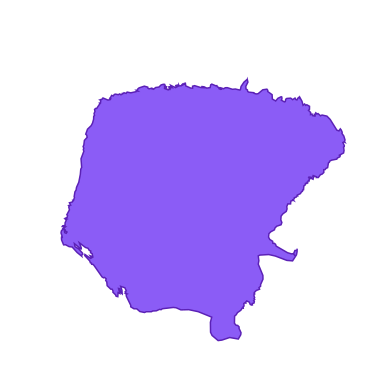 the district of Hurum nor, Buskerud, Norway, rotated 204°
{"feature_id": "86288312B72447023629583", "entity_name": "Hurum nor", "entity_type": "district", "adm_level": 2, "iso_a3": "NOR", "parent_name": "Norway", "parent_adm1": "Buskerud", "projection": "natural_earth1", "projection_center": [10.511, 59.602], "detail": "fine", "context": "isolated", "style": "filled", "palette": "violet", "viewbox_px": 384, "rotation_deg": 204, "n_neighbors": 0, "source": "geoboundaries", "source_scale": "gbopen_adm2", "svg_char_len": 5917}
<svg xmlns="http://www.w3.org/2000/svg" viewBox="0 0 384 384"><g transform="rotate(204 192 192)"><path d="M201.3,62.2L197.5,61.7L195.0,62.8L191.0,61.6L186.4,62.6L185.1,64.0L180.4,66.1L179.5,67.3L176.2,69.0L173.9,71.6L172.4,71.9L171.6,73.3L162.2,78.9L159.4,79.8L154.2,79.8L147.1,83.2L137.6,85.2L123.1,85.7L122.2,80.5L118.0,71.4L115.3,69.1L107.7,66.9L104.4,68.9L98.4,74.4L89.9,76.5L89.4,81.4L90.0,83.4L93.5,86.5L94.1,87.9L96.0,88.7L97.5,88.2L99.8,89.3L102.6,95.9L101.7,97.8L101.4,100.3L99.3,103.8L98.9,106.4L97.9,106.7L98.6,107.9L98.1,109.0L99.3,111.2L98.7,112.2L97.6,112.4L98.1,113.6L97.7,114.7L94.9,114.7L93.1,113.0L91.7,112.9L90.9,113.4L91.6,114.6L90.2,115.8L90.5,117.3L91.5,117.8L91.0,119.3L92.0,119.9L91.8,121.0L93.1,122.3L93.8,124.1L93.3,124.4L94.2,125.5L93.2,128.2L90.7,130.7L91.9,131.9L91.0,133.8L91.7,135.3L91.7,141.2L93.3,144.6L102.1,153.0L103.0,156.5L105.5,160.6L104.3,162.0L96.4,166.1L89.8,167.4L77.5,168.1L72.1,170.0L71.0,177.1L71.7,180.1L72.9,183.0L72.4,181.5L74.2,180.4L74.1,177.3L73.6,176.5L71.7,175.7L74.6,176.8L75.7,176.0L80.0,175.4L93.1,176.8L94.4,178.2L95.8,178.6L97.2,178.0L98.3,179.8L101.7,180.3L103.7,181.9L104.8,185.2L103.9,187.6L101.3,191.0L101.6,192.7L100.7,195.2L97.3,198.3L97.5,200.7L99.5,202.6L100.8,206.2L100.1,209.0L98.0,212.6L98.3,215.2L99.5,217.2L99.6,220.1L97.1,221.2L98.0,223.9L96.3,225.5L97.6,225.7L95.7,225.6L96.5,226.1L95.8,227.6L96.2,228.4L94.6,229.9L94.5,231.2L93.9,231.4L94.5,232.1L92.3,234.6L92.1,236.4L91.4,237.6L91.7,238.8L91.0,239.4L92.3,243.0L91.5,244.4L91.8,246.0L90.8,246.4L91.1,246.0L90.5,246.6L90.9,247.6L90.3,248.2L90.3,249.6L89.5,249.8L90.0,251.0L89.7,251.6L90.8,252.4L90.4,252.5L91.0,253.3L89.1,253.9L88.4,253.5L88.8,252.9L86.6,252.9L87.1,254.9L86.3,255.2L87.9,255.4L88.0,256.3L84.5,256.5L84.3,255.8L82.5,256.6L81.7,260.1L80.5,261.1L79.5,263.4L80.7,266.0L79.5,266.6L79.2,268.1L78.0,269.4L79.2,274.1L78.6,275.1L78.8,276.1L77.5,277.8L73.1,280.9L73.0,282.2L71.3,284.2L71.3,285.3L72.3,285.6L69.4,289.3L70.0,291.8L71.8,294.7L71.4,295.4L71.7,296.3L74.3,298.6L73.5,299.6L72.5,299.6L73.2,300.1L73.4,301.8L76.1,304.9L78.8,306.5L79.1,307.7L81.0,309.4L82.2,310.0L82.6,307.6L84.8,307.4L95.3,314.5L99.6,316.2L104.5,315.2L105.6,313.9L108.8,314.9L109.7,314.0L111.1,314.7L111.3,313.7L110.8,312.3L111.6,312.3L110.8,311.3L112.9,310.8L114.1,312.0L115.2,310.9L116.0,312.9L118.8,314.0L118.3,315.3L119.5,318.1L122.6,318.4L123.4,317.4L124.9,318.2L125.8,316.4L128.4,319.6L132.1,322.4L132.0,321.7L132.8,322.1L133.4,320.9L133.6,318.8L134.8,318.7L136.1,319.7L137.6,317.3L140.0,317.9L143.5,316.0L144.1,314.9L143.6,312.5L144.3,311.9L147.7,312.2L147.7,313.6L148.6,315.3L149.3,315.3L151.6,312.6L152.6,309.2L156.4,309.6L158.4,313.5L163.7,314.6L164.1,315.7L165.4,316.4L168.9,314.2L171.6,308.7L173.2,307.7L175.4,307.4L175.8,307.9L180.8,306.3L182.0,306.5L182.9,307.8L184.6,308.1L185.8,310.4L185.6,315.1L187.2,317.2L187.1,316.5L187.7,316.7L189.2,313.5L190.1,308.4L189.4,305.1L189.8,304.6L194.3,303.7L196.8,302.3L202.1,301.7L204.0,300.8L205.1,299.2L208.9,298.8L206.8,298.6L206.8,297.9L207.6,297.4L209.4,297.4L209.7,298.0L209.1,298.4L211.6,298.4L213.0,299.7L212.8,299.1L213.5,298.7L217.8,298.6L218.5,297.5L217.9,294.8L220.7,292.9L223.8,293.0L226.4,292.2L224.2,291.9L226.5,291.0L232.9,290.2L234.5,288.9L233.7,287.1L235.4,286.4L240.9,286.4L242.3,288.7L242.8,288.4L242.5,287.5L243.3,286.9L244.7,287.7L244.2,287.4L244.8,286.0L244.2,285.8L244.9,284.8L247.1,283.6L247.7,284.3L247.6,283.8L248.6,283.9L250.1,282.7L250.1,281.7L249.8,282.7L248.2,282.3L249.5,280.6L254.7,280.8L253.1,279.6L255.3,279.9L253.3,279.3L253.9,278.6L255.5,279.0L256.0,278.5L253.7,277.7L253.9,276.7L254.8,277.1L255.3,275.6L259.2,275.4L259.6,276.5L258.4,276.8L259.5,277.3L257.5,277.8L259.2,277.7L260.8,279.2L262.1,278.7L263.8,277.2L264.9,274.4L267.7,272.7L268.8,270.5L270.2,270.5L269.8,270.1L271.9,269.8L273.2,268.8L274.5,268.9L275.1,269.8L278.6,269.3L282.7,265.6L283.4,264.2L283.3,262.8L284.1,262.4L282.6,262.1L284.0,261.6L283.9,260.9L288.3,257.7L291.9,256.9L292.3,255.3L294.5,255.0L294.6,254.2L295.8,253.7L295.6,253.0L296.5,251.9L297.9,252.2L299.0,250.9L301.7,250.3L302.6,249.6L303.1,247.7L304.7,247.6L304.9,244.6L305.3,244.3L305.5,243.6L304.8,244.5L304.2,244.3L304.2,243.2L306.2,241.8L311.4,241.7L311.8,241.4L311.6,240.6L313.6,238.7L312.6,238.6L311.8,236.0L312.7,235.6L312.1,235.0L313.1,229.5L314.1,229.1L314.6,227.8L313.4,226.1L313.4,223.9L312.2,222.3L312.6,221.2L311.5,218.5L310.9,214.5L311.1,211.6L313.0,206.9L312.6,201.6L311.3,201.1L310.0,199.3L311.3,195.4L309.9,190.8L310.0,189.3L308.7,188.0L308.5,186.4L307.4,185.3L306.9,177.2L302.8,169.6L302.9,167.6L301.2,162.7L299.4,154.9L299.4,149.3L298.7,146.7L299.0,144.5L297.8,139.9L297.2,139.3L296.9,136.7L297.4,136.2L296.9,136.1L297.4,134.1L299.6,132.3L297.5,130.6L299.1,129.5L298.3,129.2L298.5,128.2L296.7,125.8L297.1,120.3L296.2,120.1L295.7,118.1L297.2,116.3L295.4,116.4L296.3,115.5L295.4,115.2L295.4,112.2L294.4,109.8L296.4,108.5L296.5,107.7L293.5,108.6L294.6,106.9L294.3,106.5L292.8,106.0L292.2,105.5L292.4,104.9L289.9,104.6L290.1,103.1L291.8,103.1L293.6,105.9L295.8,105.9L294.8,105.6L295.5,103.3L295.0,101.3L292.5,98.6L292.5,98.0L293.5,97.8L292.1,97.6L292.4,96.6L291.6,95.1L287.8,91.5L286.0,92.4L282.1,92.1L279.1,93.0L272.3,90.0L266.7,88.5L267.4,89.3L266.4,90.5L267.1,91.6L272.0,93.8L276.7,94.5L278.4,97.0L270.3,94.8L270.0,95.0L270.5,96.0L274.3,99.8L266.8,98.0L264.1,98.3L262.0,96.8L260.5,96.9L260.0,95.3L258.1,95.0L256.1,92.2L256.6,91.5L257.7,92.4L259.0,92.3L257.1,91.2L257.5,90.1L264.4,91.4L264.1,90.3L257.5,87.5L256.0,86.0L254.9,86.1L254.3,85.2L252.8,85.6L251.4,84.9L239.6,77.8L237.9,77.6L237.1,78.4L235.1,77.8L234.9,76.1L233.3,75.2L231.4,71.9L226.7,70.2L225.4,70.7L223.9,69.5L223.5,68.3L220.1,67.0L218.9,65.9L217.2,66.2L218.6,70.0L216.7,69.9L219.9,74.0L218.7,74.2L216.0,71.1L214.4,70.6L216.0,73.7L218.8,76.8L214.4,77.2L211.8,75.0L212.5,73.9L211.6,73.1L212.0,72.4L209.8,72.5L210.5,71.6L209.5,70.0L201.9,63.6L201.3,62.2Z" fill="#8b5cf6" stroke="#5b21b6" stroke-width="1.5"/></g></svg>